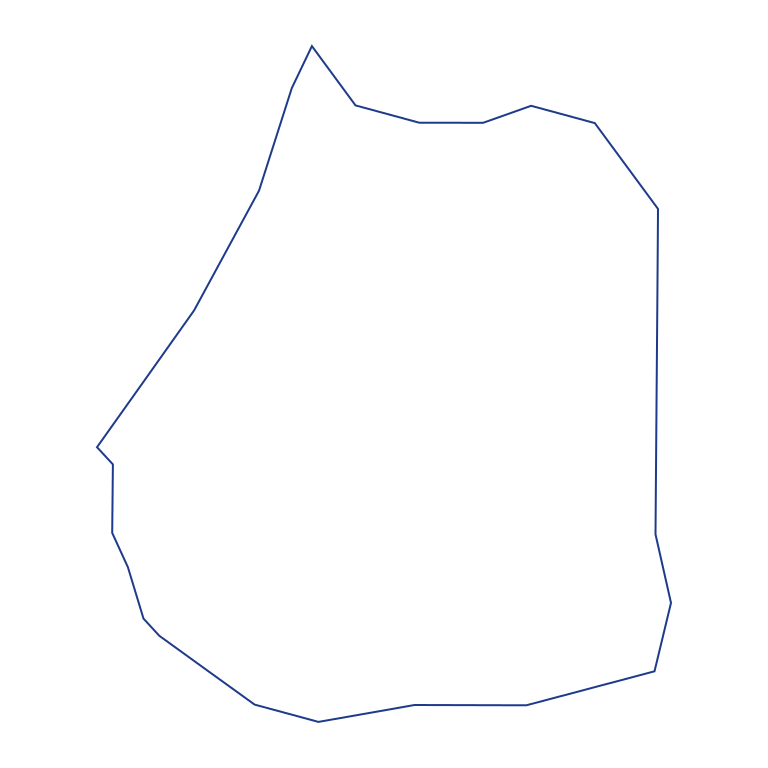 outline of Tukjang, P'yŏngan-namdo, North Korea
{"feature_id": "82179303B96835998752740", "entity_name": "Tukjang", "entity_type": "district", "adm_level": 2, "iso_a3": "PRK", "parent_name": "North Korea", "parent_adm1": "P'yŏngan-namdo", "projection": "orthographic", "projection_center": [126.139, 39.616], "detail": "fine", "context": "isolated", "style": "outline", "palette": "blue", "viewbox_px": 768, "rotation_deg": 0, "n_neighbors": 0, "source": "geoboundaries", "source_scale": "gbopen_adm2", "svg_char_len": 471}
<svg xmlns="http://www.w3.org/2000/svg" viewBox="0 0 768 768"><path d="M97.0,447.2L112.9,464.4L112.2,532.9L127.9,567.2L143.5,618.6L159.3,635.8L206.9,670.2L254.6,704.6L318.4,721.9L414.5,705.0L526.3,705.3L654.5,671.3L671.0,602.9L655.5,534.3L656.3,431.5L657.4,294.5L657.9,226.0L658.0,208.9L594.8,123.1L531.1,105.8L483.1,122.8L419.2,122.7L355.5,105.4L311.9,46.1L291.8,88.1L259.0,190.7L194.1,310.4L145.6,378.8L97.0,447.2Z" fill="none" stroke="#1e3a8a" stroke-width="2"/></svg>